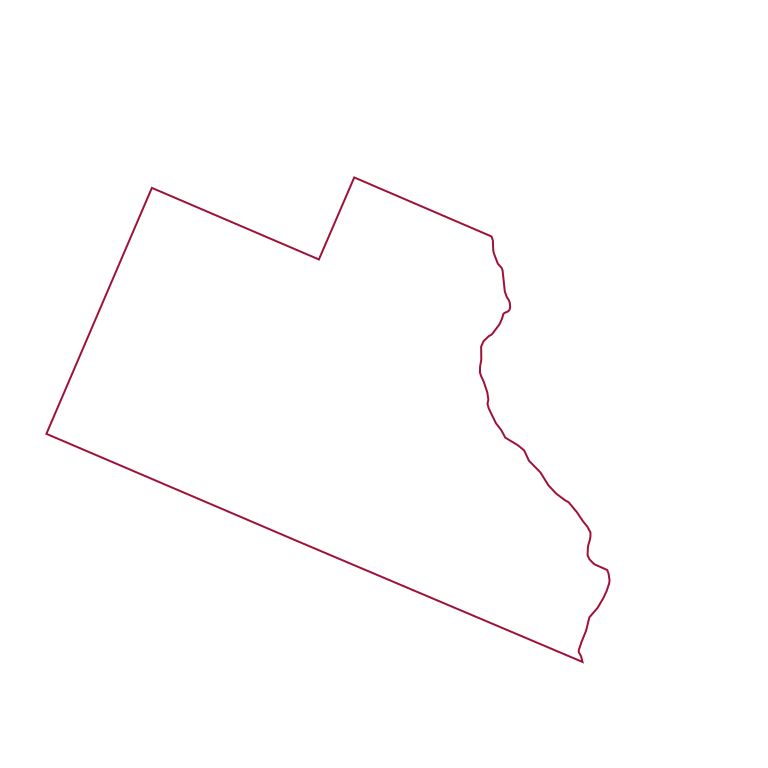 the district of Jackson, Iowa, United States of America, rotated 23°
{"feature_id": "52423323B11078119657450", "entity_name": "Jackson", "entity_type": "district", "adm_level": 2, "iso_a3": "USA", "parent_name": "United States of America", "parent_adm1": "Iowa", "projection": "equal_earth", "projection_center": [-90.354, 42.208], "detail": "fine", "context": "isolated", "style": "outline", "palette": "rose", "viewbox_px": 768, "rotation_deg": 23, "n_neighbors": 0, "source": "geoboundaries", "source_scale": "gbopen_adm2", "svg_char_len": 1062}
<svg xmlns="http://www.w3.org/2000/svg" viewBox="0 0 768 768"><g transform="rotate(23 384 384)"><path d="M92.7,561.8L366.5,562.5L675.3,562.3L671.7,557.5L668.1,554.8L667.3,553.1L666.6,544.0L666.4,532.0L664.2,518.6L668.1,506.5L669.6,494.9L669.8,487.3L669.2,479.7L668.4,476.7L664.8,470.8L662.1,468.0L649.2,467.8L646.9,467.4L641.5,465.0L638.3,462.1L635.2,453.8L634.4,447.2L633.6,443.6L632.0,439.9L626.8,435.8L620.4,432.4L612.1,426.9L600.2,420.7L596.0,420.3L585.3,417.6L575.1,413.1L562.4,404.2L547.2,397.9L547.1,397.7L539.0,390.4L531.3,388.1L516.6,386.0L510.2,380.8L502.4,376.4L489.9,365.5L487.0,361.8L486.2,357.7L482.4,351.4L474.7,342.7L470.2,338.7L467.8,335.9L465.6,330.3L464.1,323.7L458.8,311.6L458.9,305.5L461.9,298.8L463.9,296.2L467.0,283.9L467.1,277.4L466.5,272.9L467.3,271.3L469.6,269.0L470.3,267.6L470.5,266.2L470.0,263.7L468.1,260.2L466.3,258.2L463.1,256.0L459.1,251.7L448.7,233.0L446.8,231.1L441.8,228.8L434.0,220.7L432.4,218.4L428.1,209.3L425.3,206.2L275.9,205.5L275.4,294.8L93.7,294.2L92.7,561.8Z" fill="none" stroke="#9f1239" stroke-width="2"/></g></svg>